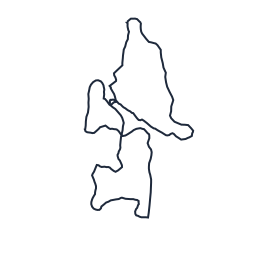 the district of Stockholm, Stockholm, Sweden, rotated 229°
{"feature_id": "70781695B5805413017960", "entity_name": "Stockholm", "entity_type": "district", "adm_level": 2, "iso_a3": "SWE", "parent_name": "Sweden", "parent_adm1": "Stockholm", "projection": "albers", "projection_center": [17.995, 59.332], "detail": "fine", "context": "isolated", "style": "outline", "palette": "slate", "viewbox_px": 256, "rotation_deg": 229, "n_neighbors": 0, "source": "geoboundaries", "source_scale": "gbopen_adm2", "svg_char_len": 3877}
<svg xmlns="http://www.w3.org/2000/svg" viewBox="0 0 256 256"><g transform="rotate(229 128 128)"><path d="M207.7,196.3L207.2,196.3L206.5,195.7L205.7,194.9L204.5,194.0L201.6,192.4L200.0,191.9L197.9,188.8L195.1,186.1L193.9,183.0L191.3,179.3L190.0,176.3L188.1,174.2L186.0,171.8L184.1,169.9L180.7,166.3L179.0,164.9L178.7,157.3L178.5,153.3L176.7,152.1L174.5,151.7L172.2,150.7L171.3,149.8L171.8,141.7L169.9,141.7L169.2,141.0L165.7,140.3L162.8,139.8L160.2,138.7L158.5,137.8L156.9,137.0L154.2,137.0L152.5,137.0L150.6,137.9L148.0,138.0L146.5,138.2L144.6,138.9L142.1,139.4L140.8,139.8L139.0,140.6L137.0,140.8L135.8,141.7L132.5,141.4L129.2,141.2L127.1,141.3L125.7,142.5L125.2,144.1L123.3,144.7L119.3,145.5L114.1,146.2L110.8,147.2L109.7,148.1L107.1,148.8L104.3,149.8L102.2,150.6L100.4,151.1L97.7,151.9L96.6,152.8L95.6,154.5L95.6,156.2L94.9,158.1L93.5,158.7L90.2,158.8L87.3,159.7L84.4,160.5L81.9,164.3L81.3,166.6L80.7,168.2L80.3,170.1L80.1,170.9L81.0,172.0L81.9,173.0L82.3,174.2L83.2,175.4L86.4,175.5L90.7,175.3L93.1,173.1L95.5,170.5L102.2,167.2L107.0,167.0L109.8,167.8L112.3,171.5L115.9,174.8L118.1,178.5L119.4,180.5L122.7,181.8L128.1,183.1L133.4,184.6L137.5,186.7L142.1,189.6L144.9,192.8L150.3,194.4L154.2,196.8L159.4,199.4L163.4,202.2L165.5,204.0L171.2,204.6L173.6,204.3L175.3,203.1L177.4,201.7L179.3,200.2L183.5,200.2L190.0,200.6L192.1,201.2L194.2,202.5L195.9,203.8L197.3,205.1L199.0,206.8L198.9,206.7L200.8,206.5L204.2,206.3L205.9,205.1L208.6,201.9L208.7,200.4L208.7,197.8L207.6,196.4L207.7,196.3ZM111.5,87.5L112.6,86.1L114.2,84.9L115.9,82.5L117.6,81.6L119.1,81.4L120.5,80.3L120.6,80.2L119.1,77.2L117.3,73.7L116.6,71.3L115.8,69.8L113.4,69.0L111.5,68.4L109.3,67.4L107.5,66.8L105.1,65.7L103.4,64.2L102.3,62.5L101.0,60.9L99.7,59.7L99.3,58.2L98.3,55.4L97.6,54.0L96.2,51.8L94.6,50.3L92.2,49.3L89.7,49.2L87.7,50.1L86.2,51.2L85.0,52.7L85.0,53.2L85.1,54.8L86.2,56.4L86.1,59.6L86.1,62.6L85.2,64.9L84.7,67.5L83.4,69.7L82.0,72.1L80.4,74.5L79.9,76.8L79.4,77.7L76.2,79.7L74.7,81.2L72.4,83.5L71.0,85.2L69.1,86.4L67.6,87.7L65.9,88.1L64.7,87.0L63.5,86.3L63.2,85.0L61.7,82.5L61.5,80.9L60.3,78.6L58.4,77.2L56.7,76.9L55.0,78.0L53.5,78.5L51.9,79.5L51.0,80.5L49.2,82.6L48.3,83.5L47.3,84.4L50.4,88.0L55.5,93.5L60.5,98.7L64.5,102.9L71.6,109.6L74.0,111.7L78.2,114.1L80.5,115.1L83.5,117.0L85.1,118.4L87.6,120.9L89.8,124.8L92.1,127.8L94.2,130.0L96.7,131.3L100.1,131.5L103.7,132.9L105.0,135.1L106.3,137.4L108.7,139.4L110.0,139.8L110.9,139.4L114.4,139.4L116.7,139.3L117.9,138.3L119.7,137.3L120.8,135.6L121.9,133.7L122.7,130.9L122.8,128.4L123.5,123.7L124.0,121.2L125.5,118.6L126.1,118.3L126.3,118.4L127.8,119.6L129.9,122.5L132.6,125.3L134.6,128.1L136.9,129.2L139.5,130.3L142.3,130.9L150.7,130.9L153.7,130.1L156.0,129.8L157.8,129.3L162.1,129.7L165.0,129.7L166.2,129.0L167.3,130.2L169.0,132.1L171.1,133.6L172.4,135.2L173.5,135.9L175.2,136.8L176.3,137.5L178.9,138.1L181.0,138.1L183.6,136.8L185.0,134.9L185.5,131.8L185.0,128.5L183.9,125.9L182.0,123.5L179.7,120.4L175.8,117.5L173.1,114.8L169.7,112.1L165.9,107.9L163.7,103.9L160.7,100.6L157.5,97.6L154.8,94.5L154.9,94.4L153.4,93.8L151.6,94.4L148.9,96.8L147.5,97.8L146.5,99.3L146.5,102.7L146.6,105.6L146.9,107.4L145.3,111.0L144.6,112.6L142.5,113.0L140.6,113.3L138.9,114.0L137.9,115.5L136.3,116.7L135.1,117.9L134.3,118.5L132.0,118.9L128.9,118.6L126.7,118.2L126.4,118.3L126.2,117.3L122.7,113.5L120.1,110.8L118.5,109.6L118.3,109.5L117.4,108.4L116.8,107.0L116.4,105.7L115.3,104.3L114.6,102.5L113.7,101.8L110.9,100.5L108.8,100.5L105.8,99.6L103.9,99.0L102.4,97.8L102.5,92.7L103.1,89.9L104.9,89.1L108.1,88.4L110.1,88.3L111.5,87.5ZM156.7,130.6L156.6,131.5L156.7,132.9L156.5,134.1L156.7,135.2L156.3,135.4L155.6,135.8L155.5,136.1L156.0,136.3L157.1,136.6L157.7,136.2L158.3,135.9L158.8,135.7L159.3,135.3L159.7,134.6L159.9,134.0L160.5,133.7L160.8,133.1L160.5,132.2L159.6,131.5L158.8,130.8L158.3,130.1L157.5,130.1L156.7,130.6Z" fill="none" stroke="#1e293b" stroke-width="2"/></g></svg>